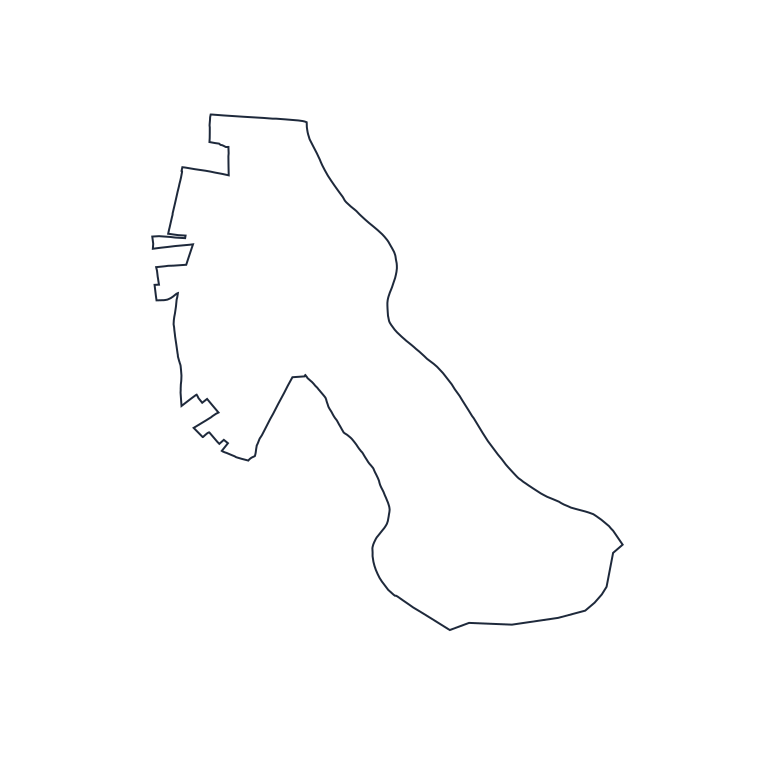 Kim Son, Ninh Bình, Vietnam (Albers equal-area conic projection), rotated 307°
{"feature_id": "81297802B55928452292311", "entity_name": "Kim Son", "entity_type": "district", "adm_level": 2, "iso_a3": "VNM", "parent_name": "Vietnam", "parent_adm1": "Ninh Bình", "projection": "albers", "projection_center": [106.082, 20.036], "detail": "fine", "context": "isolated", "style": "outline", "palette": "slate", "viewbox_px": 768, "rotation_deg": 307, "n_neighbors": 0, "source": "geoboundaries", "source_scale": "gbopen_adm2", "svg_char_len": 6135}
<svg xmlns="http://www.w3.org/2000/svg" viewBox="0 0 768 768"><g transform="rotate(307 384 384)"><path d="M546.5,164.7L545.9,162.7L545.1,160.9L543.0,157.1L536.0,146.0L531.0,138.2L528.9,135.4L524.0,127.7L513.1,111.3L507.6,102.9L501.9,94.2L495.7,84.5L494.9,83.4L492.4,84.6L490.2,86.1L486.7,88.3L485.5,89.1L484.0,90.5L480.0,93.5L475.5,96.8L472.2,99.0L474.7,104.0L476.7,107.6L476.6,109.5L476.7,109.8L477.3,111.0L477.6,112.2L477.9,113.9L478.0,114.8L478.2,115.2L479.7,117.1L478.3,118.2L476.1,120.0L474.6,121.2L472.2,122.7L463.8,129.2L457.2,134.4L454.4,128.3L451.2,121.9L449.2,117.6L446.8,112.9L441.8,103.8L437.2,94.9L435.8,92.5L432.3,94.1L432.4,94.6L432.2,94.8L432.0,95.0L427.0,97.5L424.1,98.8L420.3,100.4L418.4,101.3L414.2,103.1L413.7,103.3L408.2,105.8L402.2,108.5L393.1,112.5L391.9,113.3L389.5,114.3L385.7,116.0L379.7,118.7L378.7,119.1L374.1,121.2L379.0,130.0L383.1,136.2L380.8,137.4L375.3,129.1L372.8,124.8L366.7,115.4L362.3,110.2L357.1,115.3L355.4,116.4L352.9,118.0L358.3,123.5L363.3,128.8L368.5,134.2L373.2,139.4L378.0,144.7L380.6,147.4L374.6,149.4L366.6,152.1L360.2,154.3L351.7,144.5L348.5,140.5L346.5,138.5L344.8,136.7L340.2,131.7L337.8,134.6L333.4,138.8L332.3,140.0L330.9,141.4L327.9,144.5L325.1,141.1L317.3,148.6L315.4,150.5L313.9,152.0L318.6,157.9L319.6,158.9L321.0,160.2L322.2,160.9L324.3,162.0L326.9,162.9L331.0,163.9L332.2,164.5L332.5,164.7L329.0,166.6L326.6,167.6L322.5,170.1L320.7,171.2L314.5,174.6L311.4,176.1L308.4,177.8L305.1,180.0L302.9,182.3L300.9,184.1L297.5,187.4L296.2,188.6L290.7,194.2L283.9,201.0L283.4,201.6L282.6,202.3L281.9,202.9L280.9,204.2L278.9,206.8L278.6,207.3L277.8,208.3L277.1,209.4L276.4,210.3L275.8,210.9L273.1,213.4L268.8,217.2L265.5,219.5L264.3,220.3L261.4,222.0L257.8,224.5L257.2,225.0L254.7,226.7L250.9,230.0L244.6,235.5L255.5,238.5L257.9,239.2L261.9,240.4L262.7,240.8L261.9,242.8L261.3,243.8L261.0,244.6L259.8,249.3L259.6,250.1L265.6,251.7L263.7,259.8L261.6,269.0L258.8,267.6L257.5,267.2L255.0,266.3L253.6,266.0L247.1,263.5L245.4,262.8L234.4,258.4L232.6,270.5L232.5,271.1L232.7,271.3L233.0,271.4L236.2,272.0L238.6,272.6L239.6,273.1L240.0,273.3L240.2,273.6L239.5,276.8L237.5,285.8L237.1,288.5L243.0,289.7L242.8,295.0L235.6,294.8L233.0,294.7L233.1,296.0L233.7,298.3L234.2,299.7L235.6,305.3L236.4,308.3L236.5,309.7L236.9,310.9L238.6,315.4L241.2,321.7L241.8,321.7L242.5,321.8L243.3,321.9L244.1,322.1L245.3,322.5L246.0,322.8L248.4,324.1L248.7,324.2L249.0,324.2L249.6,323.9L250.6,323.5L252.2,322.7L255.2,321.0L257.9,319.6L258.2,319.4L258.7,319.3L259.3,319.2L260.7,318.9L262.5,318.4L265.0,317.7L266.1,317.5L266.8,317.5L268.2,317.4L269.6,317.3L275.5,316.3L287.5,314.2L293.4,313.4L304.4,311.5L316.8,309.6L324.7,308.2L334.3,306.8L342.3,316.0L343.5,315.7L343.8,315.8L343.6,316.4L343.6,316.5L343.3,317.6L343.1,318.4L342.8,319.0L342.6,320.1L342.6,320.6L342.3,324.2L342.3,324.9L342.0,326.8L341.7,328.3L341.3,329.8L341.1,331.1L340.9,332.8L340.6,334.0L340.2,335.4L340.0,336.6L339.7,337.7L339.4,339.1L339.2,339.9L338.9,341.3L338.4,343.4L338.0,344.9L337.9,345.2L337.8,345.6L337.5,346.0L337.1,346.7L336.7,347.3L336.1,348.0L334.8,349.8L333.9,351.2L332.8,352.7L332.4,353.3L332.0,354.1L331.6,355.0L331.1,356.2L330.6,357.6L330.0,359.1L329.2,360.8L328.6,362.1L327.9,363.8L327.3,365.5L326.7,367.8L326.1,369.3L324.8,372.1L323.6,375.0L322.3,377.9L321.4,380.1L321.0,380.9L321.0,382.8L321.2,384.7L321.2,386.0L321.1,388.3L321.0,389.9L320.9,390.5L320.8,391.3L320.2,393.8L319.6,396.1L318.9,398.5L318.1,400.7L317.3,403.1L316.8,405.1L316.5,406.1L316.4,406.8L316.3,407.6L315.9,408.8L315.1,410.7L314.4,412.4L313.8,414.0L313.1,415.9L312.2,418.2L311.8,419.5L311.5,420.6L311.1,422.7L310.7,424.3L310.4,425.6L310.0,426.6L309.1,428.1L308.5,429.2L307.8,430.5L307.6,431.0L306.6,433.0L305.2,435.7L304.2,437.4L303.5,438.5L302.7,439.4L301.8,440.6L300.9,441.9L299.8,443.9L299.5,444.5L298.5,446.6L297.5,448.6L295.6,451.7L294.3,454.1L292.6,456.9L291.7,458.5L290.0,460.9L289.0,462.2L288.0,463.2L287.3,463.9L286.6,464.4L285.9,464.8L285.1,465.3L283.1,466.3L280.9,467.5L278.7,468.6L276.7,469.6L275.4,470.0L274.3,470.4L273.0,470.6L271.1,470.8L269.0,470.9L266.6,470.8L263.2,470.7L259.4,470.6L257.1,470.5L256.2,470.6L254.7,470.8L253.8,471.0L251.7,471.4L249.4,472.0L246.9,473.0L245.8,473.6L243.4,475.6L242.7,476.2L239.6,478.5L235.6,482.6L232.9,486.0L230.6,489.4L228.4,493.3L226.5,497.1L225.0,501.1L222.1,511.3L221.5,518.5L221.5,519.4L221.5,520.2L222.1,520.9L222.4,522.6L222.6,528.9L222.9,535.7L223.1,541.8L223.8,548.3L225.2,563.0L227.1,584.6L244.4,595.7L268.8,631.0L302.0,663.8L324.1,681.1L336.1,683.8L347.0,684.6L356.0,683.8L387.0,668.6L399.3,671.3L404.7,655.3L405.2,652.2L405.9,649.3L406.2,643.5L406.4,639.2L406.2,632.6L406.0,629.5L404.5,624.7L403.3,621.4L399.6,612.3L397.8,607.7L397.2,604.9L396.0,600.2L395.5,597.1L395.3,594.6L393.6,587.8L392.1,582.2L391.5,578.5L391.0,575.1L390.3,565.4L390.2,563.5L390.2,563.4L390.0,560.5L389.9,557.3L389.7,554.2L389.8,551.1L389.7,548.4L389.9,546.5L390.3,544.0L390.9,540.6L392.3,533.0L393.0,529.7L393.9,526.6L394.9,523.1L396.2,517.5L400.9,501.4L404.2,492.5L410.7,476.2L411.4,473.7L413.8,467.6L415.8,462.3L418.0,456.5L420.0,451.5L422.4,443.7L424.5,438.3L427.1,428.7L428.2,424.6L429.7,416.0L430.0,411.5L430.0,403.2L430.5,399.3L431.1,392.9L431.3,388.2L431.5,386.2L431.7,382.9L431.9,376.0L432.4,369.6L433.1,363.4L433.8,359.8L434.6,357.2L435.5,354.2L436.5,351.6L437.4,350.1L438.8,348.5L440.6,346.5L440.7,346.3L443.8,343.6L446.5,341.3L448.7,339.5L450.8,337.9L453.3,336.4L455.5,335.4L456.5,335.0L460.7,333.6L461.9,333.3L466.0,332.2L471.0,330.5L475.3,329.1L478.5,327.7L481.0,326.5L484.1,324.7L486.2,323.1L488.1,321.4L490.6,318.6L492.6,316.6L493.5,315.6L495.0,313.4L495.6,312.4L497.4,308.5L498.1,306.8L500.2,302.0L500.9,299.9L501.9,295.8L502.5,292.5L502.8,289.4L503.1,286.3L503.4,280.7L503.6,275.2L504.0,269.8L504.5,264.7L504.8,262.1L505.5,257.8L505.6,256.1L505.8,250.5L506.4,244.5L506.9,242.3L507.3,241.4L508.5,238.7L509.9,234.0L510.9,230.7L512.6,225.3L514.5,219.6L516.6,213.8L519.1,208.1L521.5,203.1L523.2,200.0L524.7,197.5L526.1,194.8L527.8,191.6L531.1,184.7L534.3,178.1L534.9,177.0L536.1,175.4L537.6,173.3L539.0,171.6L540.7,169.8L542.7,167.8L545.7,165.4L546.5,164.7Z" fill="none" stroke="#1e293b" stroke-width="2"/></g></svg>